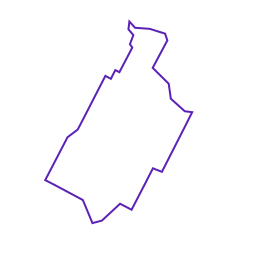 outline of Spalding, Georgia, United States of America, rotated 117°
{"feature_id": "52423323B62246388397555", "entity_name": "Spalding", "entity_type": "district", "adm_level": 2, "iso_a3": "USA", "parent_name": "United States of America", "parent_adm1": "Georgia", "projection": "mercator", "projection_center": [-84.329, 33.266], "detail": "fine", "context": "isolated", "style": "outline", "palette": "violet", "viewbox_px": 256, "rotation_deg": 117, "n_neighbors": 0, "source": "geoboundaries", "source_scale": "gbopen_adm2", "svg_char_len": 548}
<svg xmlns="http://www.w3.org/2000/svg" viewBox="0 0 256 256"><g transform="rotate(117 128 128)"><path d="M32.1,132.7L27.1,137.8L29.8,153.7L35.5,167.2L32.5,175.1L39.9,172.4L42.8,165.4L52.5,164.3L54.4,160.7L82.2,161.0L82.2,165.6L92.0,165.6L91.8,171.8L142.5,172.0L152.2,172.1L163.7,177.7L212.0,178.1L212.1,164.2L212.7,135.5L222.3,124.2L228.9,116.5L222.3,109.2L199.1,100.7L199.2,87.7L167.6,87.5L152.6,87.5L151.7,77.9L101.1,77.9L84.8,78.0L87.3,85.0L82.5,103.1L70.1,111.8L63.2,133.3L32.1,132.7Z" fill="none" stroke="#5b21b6" stroke-width="2"/></g></svg>